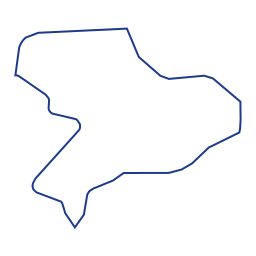 map outline of Hackney (Natural Earth projection)
{"feature_id": "GBR-2765", "entity_name": "Hackney", "entity_type": "London Borough", "adm_level": 1, "iso_a3": "GBR", "parent_name": "United Kingdom", "parent_adm1": "", "projection": "natural_earth1", "projection_center": [-0.066, 51.545], "detail": "fine", "context": "isolated", "style": "outline", "palette": "blue", "viewbox_px": 256, "rotation_deg": 0, "n_neighbors": 0, "source": "natural_earth", "source_scale": "10m", "svg_char_len": 710}
<svg xmlns="http://www.w3.org/2000/svg" viewBox="0 0 256 256"><path d="M33.5,189.6L32.9,188.0L32.5,185.8L32.9,183.5L35.3,178.7L79.4,129.7L80.0,127.7L80.1,125.7L79.7,123.8L77.4,120.4L76.1,119.2L52.4,113.6L50.6,112.4L49.3,110.7L48.8,109.4L48.6,107.9L49.1,100.3L48.6,98.3L45.7,94.7L18.7,76.0L16.7,75.3L15.4,75.3L19.2,47.3L20.8,43.6L23.0,40.3L25.7,37.6L38.2,32.8L126.9,28.6L138.8,57.0L160.4,75.8L168.9,78.9L204.2,75.7L212.9,78.4L240.4,101.7L240.6,119.5L240.1,128.5L239.3,132.5L208.8,147.5L192.1,163.4L181.6,169.5L168.9,172.9L123.6,173.0L113.0,180.5L93.0,188.7L89.4,191.2L87.3,194.4L83.9,214.6L74.9,227.4L65.3,213.3L62.3,203.5L61.2,201.7L36.5,192.4L33.5,189.6Z" fill="none" stroke="#1e3a8a" stroke-width="2"/></svg>